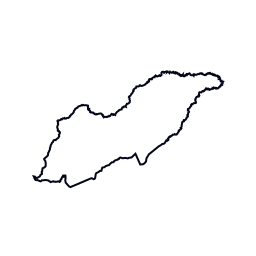 Itiquira, Mato Grosso, Brazil, rotated 157°
{"feature_id": "56859067B35371788967725", "entity_name": "Itiquira", "entity_type": "district", "adm_level": 2, "iso_a3": "BRA", "parent_name": "Brazil", "parent_adm1": "Mato Grosso", "projection": "orthographic", "projection_center": [-54.701, -17.321], "detail": "fine", "context": "isolated", "style": "outline", "palette": "ink", "viewbox_px": 256, "rotation_deg": 157, "n_neighbors": 0, "source": "geoboundaries", "source_scale": "gbopen_adm2", "svg_char_len": 5873}
<svg xmlns="http://www.w3.org/2000/svg" viewBox="0 0 256 256"><g transform="rotate(157 128 128)"><path d="M73.0,165.5L73.6,166.0L74.7,166.3L75.6,165.8L76.4,163.8L76.7,163.5L77.5,163.7L77.9,163.4L78.5,164.3L79.2,163.8L79.8,164.0L80.7,163.9L81.7,165.1L81.8,164.8L82.5,165.1L82.6,164.7L83.5,164.9L83.8,164.5L84.0,164.7L85.1,164.7L86.7,164.3L86.8,163.9L87.3,164.1L87.5,163.7L88.5,164.3L88.9,164.2L89.2,164.6L89.5,164.5L90.3,163.0L90.6,163.4L91.6,162.4L92.3,162.6L92.3,162.1L92.6,161.9L93.0,162.1L94.5,161.8L94.9,161.3L98.1,161.2L99.4,161.5L100.1,162.6L100.6,162.7L101.2,162.2L101.8,162.1L104.1,162.9L104.9,161.8L106.2,161.8L107.4,161.3L107.8,161.3L108.5,160.5L108.3,159.9L109.1,159.6L110.6,158.2L111.7,158.0L113.1,156.8L114.8,156.5L115.2,156.1L114.9,154.8L115.5,153.9L115.5,152.5L116.5,150.9L118.4,150.4L119.6,150.7L119.9,150.2L121.6,149.4L121.7,148.4L122.1,148.8L123.7,149.4L124.2,148.8L125.1,149.1L126.3,148.2L126.6,147.6L129.0,148.0L129.9,147.5L131.8,147.1L133.9,146.0L134.7,145.0L135.1,145.5L136.3,145.7L136.0,146.4L136.2,146.6L136.6,146.3L137.5,146.9L137.7,147.3L138.6,146.9L139.7,146.1L140.7,146.1L140.9,146.5L141.4,146.3L142.4,146.6L142.7,146.3L143.4,146.4L144.8,147.3L145.8,147.3L145.6,147.8L146.5,148.5L146.2,149.5L146.5,149.9L146.2,150.1L147.1,151.8L148.8,152.5L151.0,152.7L151.3,153.1L152.2,152.9L153.2,153.8L153.1,154.4L154.0,154.9L154.0,155.7L154.3,156.1L155.1,156.2L155.6,156.8L156.5,157.0L156.7,157.4L156.2,158.6L156.9,159.5L156.4,160.4L156.8,160.4L156.7,160.9L157.4,161.0L156.5,163.4L156.1,163.8L156.1,164.3L158.2,165.6L159.5,166.0L160.2,166.7L161.2,166.7L161.4,167.2L162.5,167.0L165.4,167.2L166.7,166.4L167.1,166.6L169.1,166.2L169.2,165.8L171.2,164.8L171.9,163.6L174.2,162.6L175.1,162.6L176.2,161.7L176.8,161.8L177.5,160.9L179.3,160.6L180.2,161.1L181.6,160.9L182.5,162.0L183.0,161.6L184.0,162.3L185.2,161.8L185.6,162.3L186.1,162.3L186.3,161.9L187.9,161.8L189.4,162.4L190.2,162.0L190.0,161.6L190.1,160.7L190.7,159.9L190.7,158.8L192.3,157.3L193.0,156.0L193.0,154.2L193.7,153.0L193.3,152.3L192.7,152.0L192.9,151.5L192.5,151.2L192.4,150.3L193.9,148.8L194.2,148.8L194.6,147.2L196.2,146.1L198.7,145.5L199.3,145.1L200.5,145.8L201.6,145.5L202.6,144.4L203.9,144.0L204.5,143.3L206.0,142.2L206.8,140.8L207.6,140.2L208.2,138.9L210.5,136.7L211.1,136.4L212.2,134.4L213.2,133.7L217.2,132.4L217.4,131.6L217.0,129.9L217.5,127.7L218.7,125.1L220.1,124.4L222.4,124.3L224.1,121.5L224.7,121.2L225.0,119.6L225.4,119.2L226.8,119.1L228.1,117.9L231.4,117.5L232.5,118.3L232.4,119.0L232.7,119.6L233.7,120.3L233.7,117.2L233.4,116.3L232.6,115.7L231.7,115.5L229.6,113.2L229.0,113.0L228.0,113.5L224.1,112.3L221.6,110.7L221.2,109.5L220.5,109.0L220.3,108.4L217.6,108.2L217.2,107.5L216.5,107.4L215.5,106.6L212.9,106.1L212.1,105.1L211.2,105.3L210.9,106.2L209.6,106.8L209.6,107.1L209.0,107.2L208.0,108.5L207.1,108.6L206.7,108.3L206.3,108.6L206.3,109.4L206.0,109.3L205.6,108.4L205.3,109.2L204.2,108.7L204.9,106.5L206.2,104.4L206.7,102.0L205.2,97.5L204.1,96.1L181.5,96.1L180.6,95.6L179.7,94.3L178.8,94.2L177.8,94.8L175.6,98.3L174.7,98.9L172.3,99.0L170.7,99.5L169.3,99.0L167.1,101.6L165.0,101.1L163.7,101.6L160.9,101.5L160.1,101.2L157.5,102.4L156.2,102.7L154.7,102.2L153.8,102.9L152.7,103.2L149.6,102.9L149.0,103.4L148.3,103.1L147.4,103.8L146.5,103.8L144.7,102.2L142.3,101.6L140.0,100.1L139.0,100.2L136.2,99.5L131.2,101.4L131.0,89.6L128.5,88.8L126.8,89.0L124.5,90.1L122.9,92.8L119.1,95.6L106.5,99.2L104.8,99.3L102.7,99.9L101.8,99.6L100.4,99.6L97.5,101.7L97.1,100.9L96.2,101.2L95.7,101.1L95.0,102.1L95.3,102.6L93.9,103.6L92.5,103.3L92.2,103.4L92.2,103.9L90.7,103.8L89.5,104.4L88.5,103.9L87.4,104.2L87.1,103.5L85.9,103.0L85.1,103.5L84.7,103.5L83.5,104.5L82.4,105.0L82.3,105.8L80.0,106.2L79.3,106.6L79.6,107.1L79.5,107.6L78.8,107.7L78.1,108.3L77.8,109.1L75.7,112.3L74.2,112.3L74.3,112.7L73.5,113.5L72.6,113.1L71.5,113.2L70.7,114.0L70.3,114.1L69.8,114.8L68.5,115.1L68.1,115.7L68.4,116.5L68.2,116.9L67.4,117.1L66.8,118.3L65.6,118.9L65.5,119.8L66.1,120.7L65.4,122.1L64.0,122.0L62.1,123.3L61.2,123.6L61.0,124.6L59.9,125.1L59.3,124.6L57.9,125.2L56.0,124.5L55.6,124.7L55.3,125.7L55.4,126.9L54.6,127.9L54.8,128.1L54.2,128.8L52.7,129.8L51.6,129.6L51.2,130.0L50.0,130.0L50.0,129.7L49.7,129.9L49.8,131.0L49.5,131.1L48.8,132.6L48.2,133.0L46.5,132.1L45.0,132.9L44.2,132.3L43.7,132.7L43.2,132.4L40.8,133.9L40.7,133.5L40.3,133.6L40.0,133.3L40.0,132.8L39.2,133.0L39.1,132.5L38.7,132.7L38.4,132.2L37.9,132.1L37.6,131.8L37.8,131.3L35.3,131.2L34.9,131.6L34.5,130.9L34.1,130.9L33.4,131.8L32.4,130.7L32.4,131.1L30.7,130.2L30.0,129.3L28.9,129.5L28.3,130.1L26.9,130.1L26.5,130.9L25.6,130.8L25.8,131.1L25.0,131.9L23.8,131.7L23.4,132.2L23.4,133.8L22.8,132.7L22.8,133.1L22.3,133.5L23.4,134.3L23.8,134.1L24.1,134.4L23.8,134.8L24.4,134.9L24.1,136.1L24.4,136.7L24.1,137.2L24.7,137.4L24.1,137.7L24.2,138.2L23.8,138.8L24.2,139.8L24.5,139.5L25.2,139.5L25.1,140.0L25.4,141.3L26.0,141.3L26.5,142.0L27.0,141.9L28.1,142.8L27.4,142.8L27.3,143.2L27.6,143.5L28.9,143.8L28.8,144.2L29.3,144.3L29.5,145.1L29.8,145.0L31.2,145.7L31.0,146.7L31.9,146.9L33.0,146.7L33.1,147.2L34.7,147.0L34.9,146.6L35.6,146.4L36.0,146.8L36.6,146.6L38.1,148.1L38.1,148.6L38.7,148.8L38.7,149.6L39.3,149.9L39.9,150.0L39.7,149.5L40.9,150.1L41.5,149.8L42.9,150.4L44.0,150.2L45.4,150.7L45.6,151.2L46.1,151.0L46.6,151.6L47.2,150.5L47.6,151.3L49.1,151.8L49.7,152.4L49.7,153.4L50.1,154.3L51.2,154.3L51.6,154.1L52.7,154.8L53.0,154.7L52.5,154.3L53.2,153.6L54.0,154.0L55.7,153.5L56.3,153.6L56.5,153.9L56.1,154.5L57.4,154.8L56.9,155.6L57.3,155.4L58.4,156.1L58.4,155.6L59.1,155.3L59.7,156.3L59.3,156.5L59.7,157.6L60.2,157.3L60.6,157.6L61.1,158.6L60.9,159.4L61.9,160.3L62.0,159.7L62.4,160.2L63.1,159.7L64.7,161.1L64.7,161.6L63.9,161.4L64.3,162.1L66.1,161.8L66.3,162.2L67.2,162.5L67.4,163.3L68.3,162.6L68.3,163.0L69.5,163.8L69.5,164.3L70.2,164.1L69.9,164.5L70.1,164.8L70.6,164.6L70.9,165.0L71.7,165.2L73.1,164.8L73.0,165.5Z" fill="none" stroke="#020617" stroke-width="2"/></g></svg>